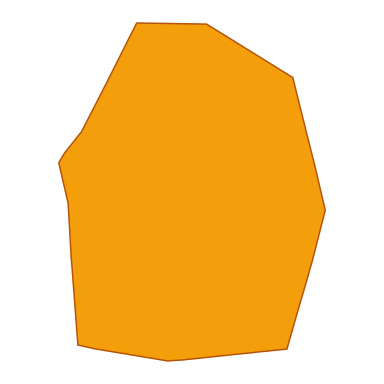 outline of Zuunmod, Töv, Mongolia
{"feature_id": "93677404B29507747190159", "entity_name": "Zuunmod", "entity_type": "district", "adm_level": 2, "iso_a3": "MNG", "parent_name": "Mongolia", "parent_adm1": "Töv", "projection": "orthographic", "projection_center": [106.938, 47.703], "detail": "fine", "context": "isolated", "style": "filled", "palette": "amber", "viewbox_px": 384, "rotation_deg": 0, "n_neighbors": 0, "source": "geoboundaries", "source_scale": "gbopen_adm2", "svg_char_len": 2850}
<svg xmlns="http://www.w3.org/2000/svg" viewBox="0 0 384 384"><path d="M296.1,316.9L298.9,307.2L307.2,279.0L309.5,270.5L312.2,261.3L314.3,253.0L314.8,251.2L315.2,249.6L315.9,247.0L316.3,245.4L316.4,244.8L316.4,244.7L316.6,244.1L322.7,220.2L325.2,210.3L325.2,210.1L321.5,194.2L317.6,177.6L316.9,174.3L315.1,166.9L307.8,138.0L306.8,134.2L304.4,124.2L303.4,120.3L296.5,92.6L296.4,92.1L296.2,91.5L296.1,91.0L296.0,90.5L295.9,90.0L295.7,89.4L295.6,88.9L295.5,88.4L295.4,88.0L295.3,87.6L295.1,87.1L295.1,86.9L294.2,83.4L294.2,83.2L293.1,79.1L292.9,78.2L292.8,77.5L292.7,77.5L292.5,77.4L290.4,76.1L280.6,70.0L270.5,63.7L264.7,60.1L259.8,57.1L206.6,24.1L200.6,24.0L136.7,23.0L124.4,47.3L116.2,63.7L108.5,79.0L106.9,82.3L105.6,84.7L98.1,99.4L97.8,100.0L94.1,107.2L93.2,108.9L93.0,109.2L90.9,113.4L84.0,126.9L83.9,127.0L83.2,128.4L82.0,130.7L81.6,131.6L81.1,132.2L81.0,132.3L76.4,138.0L75.7,139.0L72.7,142.8L64.7,152.8L59.2,162.0L58.8,162.8L59.3,165.1L59.4,165.5L59.8,167.3L60.2,169.1L60.7,171.0L61.1,172.9L61.6,174.9L62.0,176.8L62.5,178.8L62.9,180.9L63.4,182.7L63.8,184.7L64.3,186.7L64.8,188.7L65.2,190.6L65.6,192.5L66.1,194.6L66.6,196.7L67.0,198.5L67.5,200.5L67.9,202.2L68.2,203.4L68.2,204.2L68.3,206.0L68.4,208.1L68.5,210.1L68.6,212.1L68.7,213.3L68.8,215.4L69.8,232.5L70.9,252.9L71.5,261.4L71.6,261.9L71.7,263.5L71.9,265.8L72.0,267.7L72.2,269.2L72.3,270.5L72.3,271.6L72.4,272.8L72.5,273.4L72.5,274.0L72.6,274.6L72.6,275.2L72.7,275.9L72.7,276.6L72.8,277.3L72.8,278.0L72.9,278.6L72.9,279.3L73.0,280.0L73.0,280.6L73.1,281.2L73.1,281.9L73.2,282.6L73.2,283.3L73.3,284.0L73.3,284.7L73.4,285.3L73.4,286.0L73.5,286.7L73.5,287.4L73.6,288.1L73.6,288.8L73.7,289.3L73.7,290.0L73.8,290.6L73.8,291.2L73.9,291.8L74.0,293.0L74.0,293.6L74.1,294.2L74.1,294.3L74.2,296.2L74.5,300.1L75.3,310.8L76.4,325.5L76.8,330.6L77.9,345.1L78.0,345.1L90.7,347.9L93.4,348.6L93.6,348.6L96.0,349.0L98.9,349.5L102.5,350.1L106.0,350.7L106.9,350.8L109.2,351.2L112.3,351.7L115.6,352.3L118.6,352.8L119.0,352.9L119.3,352.9L121.7,353.3L122.6,353.4L123.9,353.6L126.3,354.0L130.0,354.7L133.8,355.3L134.0,355.3L137.1,355.8L138.0,356.0L139.5,356.2L146.9,357.5L150.1,358.0L160.9,359.8L167.8,361.0L168.3,360.9L168.6,360.9L171.4,360.7L174.4,360.5L175.3,360.4L177.3,360.3L179.0,360.2L179.7,360.2L180.1,360.1L182.3,360.0L182.5,360.0L183.1,359.9L183.9,359.8L185.1,359.7L185.8,359.6L186.4,359.6L186.7,359.5L187.6,359.4L188.6,359.3L191.1,359.1L193.6,358.8L195.6,358.6L197.7,358.4L200.3,358.1L201.1,358.0L202.8,357.8L204.7,357.6L206.9,357.4L209.4,357.1L212.2,356.8L214.8,356.6L217.7,356.2L220.4,356.0L223.2,355.7L225.9,355.4L228.3,355.1L229.9,355.0L233.0,354.6L235.0,354.4L236.8,354.2L239.2,354.0L242.1,353.7L244.9,353.4L248.0,353.1L251.2,352.8L256.0,352.2L258.9,351.9L262.9,351.5L266.5,351.2L270.0,350.8L273.8,350.4L276.1,350.2L286.9,349.1L296.1,316.9Z" fill="#f59e0b" stroke="#b45309" stroke-width="1.5"/></svg>